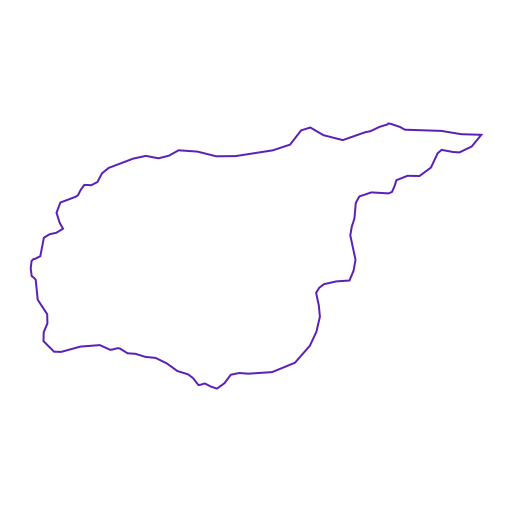 the border of Tunceli
{"feature_id": "TUR-3045", "entity_name": "Tunceli", "entity_type": "Province", "adm_level": 1, "iso_a3": "TUR", "parent_name": "Turkey", "parent_adm1": "", "projection": "equal_earth", "projection_center": [39.524, 39.174], "detail": "fine", "context": "isolated", "style": "outline", "palette": "violet", "viewbox_px": 512, "rotation_deg": 0, "n_neighbors": 0, "source": "natural_earth", "source_scale": "10m", "svg_char_len": 1417}
<svg xmlns="http://www.w3.org/2000/svg" viewBox="0 0 512 512"><path d="M388.4,123.4L390.9,123.9L400.1,127.0L404.9,129.7L441.4,130.9L461.2,134.2L481.3,134.8L471.7,146.5L459.4,152.4L453.1,152.0L441.6,149.9L437.7,153.2L430.9,167.6L419.5,176.0L407.5,175.8L396.4,180.2L394.4,186.5L392.0,191.9L388.6,193.4L371.4,192.4L359.4,196.4L355.8,202.8L354.4,218.7L351.7,226.9L350.3,235.4L355.5,259.7L353.6,270.6L349.5,280.5L336.3,281.4L323.9,284.2L319.3,287.7L316.1,292.8L318.8,305.3L319.9,316.7L316.4,331.8L309.9,345.7L295.0,362.7L272.1,372.1L248.2,373.7L239.4,373.0L230.8,374.7L224.5,383.2L217.0,388.6L210.9,386.6L204.9,383.5L200.6,384.7L198.5,385.1L193.0,378.1L188.2,374.4L177.3,371.0L166.8,363.4L155.5,357.9L145.4,356.9L135.4,353.8L127.6,353.3L119.9,348.5L117.5,348.2L112.6,349.5L110.2,349.8L99.8,345.1L80.4,346.6L61.1,351.9L54.1,351.7L43.5,341.2L43.7,332.2L47.4,323.5L47.2,314.2L37.7,299.7L35.7,279.7L33.7,277.6L31.7,276.1L30.7,268.5L31.6,260.9L33.5,259.1L34.9,258.9L40.3,256.2L43.9,237.7L49.7,234.2L56.3,232.8L63.0,228.7L59.6,222.6L56.5,212.7L60.4,202.5L75.0,197.0L77.9,195.4L80.7,189.9L84.3,184.9L91.3,185.2L97.5,182.0L102.0,173.3L108.7,167.9L132.9,158.7L145.8,155.9L158.6,158.3L168.9,155.7L178.6,150.3L197.5,151.6L216.2,156.3L235.6,156.1L272.9,150.3L290.1,144.6L301.1,130.4L310.3,127.5L323.5,135.2L342.7,140.1L365.3,132.2L370.4,131.2L379.7,126.8L387.5,124.4L388.4,123.4Z" fill="none" stroke="#5b21b6" stroke-width="2"/></svg>